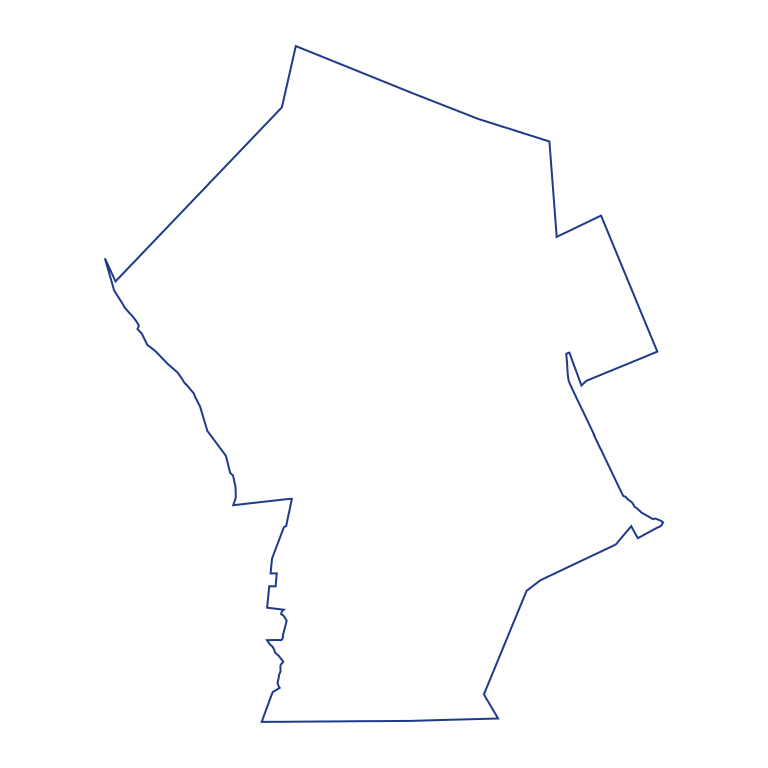 outline of Bustamante, Nuevo León, Mexico
{"feature_id": "50627088B226456394087", "entity_name": "Bustamante", "entity_type": "district", "adm_level": 2, "iso_a3": "MEX", "parent_name": "Mexico", "parent_adm1": "Nuevo León", "projection": "mercator", "projection_center": [-100.55, 26.571], "detail": "fine", "context": "isolated", "style": "outline", "palette": "blue", "viewbox_px": 768, "rotation_deg": 0, "n_neighbors": 0, "source": "geoboundaries", "source_scale": "gbopen_adm2", "svg_char_len": 2825}
<svg xmlns="http://www.w3.org/2000/svg" viewBox="0 0 768 768"><path d="M104.9,258.3L114.2,290.7L114.9,291.7L121.1,301.4L125.0,307.9L129.5,313.1L131.6,315.2L135.9,320.6L138.9,325.6L137.5,329.1L141.8,333.6L147.3,344.9L155.4,351.1L167.9,364.1L177.5,372.4L181.9,378.6L183.8,381.8L185.3,383.9L185.6,384.0L186.4,384.6L193.7,393.3L195.1,396.8L200.0,406.4L207.4,431.0L225.9,455.8L230.1,472.7L233.1,475.7L235.5,487.0L235.6,488.6L235.6,489.1L235.7,492.5L235.7,498.1L233.2,505.2L283.8,499.5L289.7,498.9L291.8,498.9L289.6,509.8L288.0,517.1L286.2,526.0L283.9,527.2L276.1,547.8L272.0,558.7L271.2,566.8L270.6,573.4L271.2,573.4L276.8,573.4L276.0,581.5L275.6,586.3L274.5,586.3L272.3,586.3L269.3,586.2L268.0,598.7L267.1,607.7L270.4,608.1L272.2,608.3L283.7,609.7L282.7,610.6L281.7,611.9L281.1,614.1L283.6,615.7L286.7,620.8L282.8,635.6L283.1,636.8L282.3,639.0L281.4,640.1L274.6,640.0L267.0,640.2L269.9,644.4L272.8,647.0L274.3,650.0L275.3,652.9L278.7,655.8L282.5,660.6L283.2,661.8L282.5,663.0L281.8,663.4L281.5,663.8L281.0,664.4L280.7,665.0L280.4,666.1L280.5,668.5L280.5,671.2L280.3,671.9L279.7,673.4L278.8,675.5L278.9,677.0L278.6,677.9L278.5,678.8L277.5,682.9L278.6,686.2L279.7,687.8L272.7,692.1L270.0,699.2L261.7,721.9L265.6,721.9L272.3,721.8L282.8,721.8L292.8,721.7L306.8,721.6L318.0,721.5L338.0,721.4L358.1,721.2L382.3,721.1L382.5,721.1L410.9,720.9L437.6,720.1L498.1,718.5L483.9,694.4L526.6,590.8L540.6,580.1L557.2,572.3L557.4,572.2L569.7,566.3L576.7,563.0L591.5,556.0L604.6,549.8L613.1,545.8L615.8,544.4L616.0,544.3L624.1,534.6L628.8,529.1L631.2,526.2L637.8,538.2L643.2,535.3L643.4,535.1L643.6,535.1L644.0,534.8L649.6,531.8L657.3,527.6L659.2,527.0L661.5,525.3L663.1,522.4L660.8,520.7L655.2,518.5L652.9,519.1L641.7,512.7L636.6,508.1L634.7,506.8L632.0,502.4L628.2,499.6L626.8,498.1L625.5,496.7L623.9,496.3L623.0,495.6L618.6,486.5L609.1,466.6L604.1,456.2L600.8,449.1L600.6,448.8L600.3,448.5L599.6,446.9L597.1,441.7L594.0,435.2L594.3,435.1L590.2,426.5L586.1,417.9L585.6,416.7L584.8,415.4L584.6,414.8L583.2,411.7L582.2,409.7L580.1,405.4L578.7,402.5L577.1,399.2L574.5,393.7L572.1,388.7L571.9,388.1L569.8,383.7L568.6,380.3L568.3,378.4L568.1,377.0L567.8,375.0L567.6,372.2L567.2,366.3L567.3,365.9L567.2,364.5L567.0,361.2L566.8,360.7L566.3,353.7L569.4,352.6L573.2,363.1L575.0,368.0L576.1,370.9L577.6,375.0L578.6,377.7L579.6,380.5L581.4,385.5L586.4,380.8L608.7,371.6L608.9,371.5L609.3,371.4L609.6,371.3L619.2,367.3L619.8,367.1L622.3,366.0L623.0,365.8L657.3,351.6L620.9,263.6L601.4,216.4L601.0,215.6L600.6,215.8L598.2,217.0L597.6,217.2L597.5,217.3L590.3,220.7L589.4,221.2L585.4,223.1L577.7,226.8L565.6,232.6L557.4,236.5L556.7,236.9L550.0,149.4L549.4,141.5L524.1,133.5L507.0,128.0L502.6,126.7L478.1,118.9L413.0,93.4L295.8,46.1L281.9,107.3L215.4,176.9L213.3,179.0L207.0,185.7L115.5,281.4L104.9,258.3Z" fill="none" stroke="#1e3a8a" stroke-width="2"/></svg>